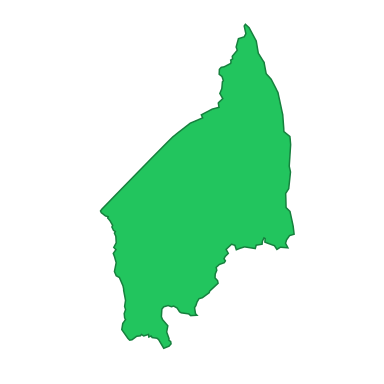 Isabela, Puerto Rico (Natural Earth projection), rotated 66°
{"feature_id": "32010507B24410852555408", "entity_name": "Isabela", "entity_type": "district", "adm_level": 2, "iso_a3": "PRI", "parent_name": "Puerto Rico", "parent_adm1": "", "projection": "natural_earth1", "projection_center": [-66.998, 18.445], "detail": "fine", "context": "isolated", "style": "filled", "palette": "green", "viewbox_px": 384, "rotation_deg": 66, "n_neighbors": 0, "source": "geoboundaries", "source_scale": "gbopen_adm2", "svg_char_len": 2374}
<svg xmlns="http://www.w3.org/2000/svg" viewBox="0 0 384 384"><g transform="rotate(66 192 192)"><path d="M323.3,281.4L323.5,275.7L322.2,272.9L319.9,272.3L318.1,273.4L316.5,272.6L309.6,272.1L304.4,268.5L296.7,270.8L293.5,270.7L286.8,267.2L285.4,264.6L286.0,260.0L288.5,257.4L288.7,255.2L291.9,252.8L296.4,252.1L298.0,251.0L302.0,244.6L304.4,243.5L306.6,237.6L304.6,238.3L298.7,236.7L297.4,234.7L294.6,232.2L292.3,229.0L292.8,225.5L291.0,217.3L289.7,216.1L286.0,205.3L283.4,204.7L279.8,205.9L276.3,204.1L273.6,201.2L270.7,200.6L269.3,196.5L269.7,191.3L268.5,189.5L266.0,189.9L264.4,187.9L262.8,183.8L258.3,184.2L255.8,177.1L258.2,174.5L262.8,175.0L263.0,170.0L263.1,169.9L263.5,166.3L269.4,157.2L266.7,155.0L268.2,149.2L265.6,147.7L263.2,144.9L264.3,144.1L267.4,145.8L269.0,144.3L274.6,138.5L279.0,137.8L278.4,133.7L282.0,127.1L276.9,127.4L274.2,125.1L271.5,120.6L272.1,115.9L264.4,113.5L260.2,112.6L249.6,110.4L248.6,110.8L244.5,112.4L236.3,109.0L231.4,107.0L228.3,102.3L213.8,93.9L208.0,92.7L189.0,82.7L187.6,82.2L185.0,81.3L184.5,81.1L181.1,80.0L176.2,82.5L175.5,82.8L174.2,83.5L170.9,82.2L158.9,77.9L158.4,77.7L155.4,77.1L143.6,74.6L140.2,73.9L136.0,73.0L133.6,73.2L132.0,73.2L126.6,73.5L123.0,73.7L121.2,73.8L118.0,74.8L115.4,75.7L114.0,76.1L104.7,73.9L102.9,73.4L100.7,73.8L94.9,74.6L94.7,74.6L92.3,75.0L89.1,74.2L80.2,71.9L65.1,73.0L60.5,75.0L61.6,76.8L69.3,78.4L71.5,81.2L70.8,87.2L77.5,92.7L80.9,93.0L84.4,100.0L87.0,100.8L87.2,103.0L89.0,103.4L90.3,104.4L90.7,111.8L90.0,114.6L91.1,117.1L95.5,119.3L98.7,117.6L103.1,118.1L103.7,119.4L109.7,122.7L113.3,126.5L119.2,125.9L121.0,131.0L121.4,131.8L125.6,132.9L124.5,139.8L125.1,149.3L125.3,152.1L128.6,152.1L128.4,165.5L131.9,179.8L133.8,187.0L136.5,194.2L144.4,214.5L163.3,262.1L170.9,281.1L172.1,283.3L174.0,283.3L178.7,280.8L180.5,278.6L181.5,279.6L184.8,278.6L190.2,278.1L191.4,279.4L195.1,279.3L197.0,278.1L198.0,279.6L201.5,279.6L207.6,281.9L210.8,286.0L213.7,284.9L216.1,288.9L219.5,289.1L225.7,290.0L233.1,295.2L237.7,295.3L240.6,293.1L248.0,293.2L249.6,293.2L252.9,293.9L253.9,294.4L264.0,296.8L269.1,300.1L272.4,300.5L275.5,303.4L279.5,304.7L281.5,304.6L283.9,308.7L289.1,312.1L299.6,310.1L302.0,309.2L302.6,306.9L301.3,301.2L302.4,297.6L301.6,296.1L303.9,294.6L304.4,289.7L306.9,290.4L306.9,288.0L308.8,287.6L311.3,283.5L313.3,282.5L323.3,281.4Z" fill="#22c55e" stroke="#15803d" stroke-width="1.5"/></g></svg>